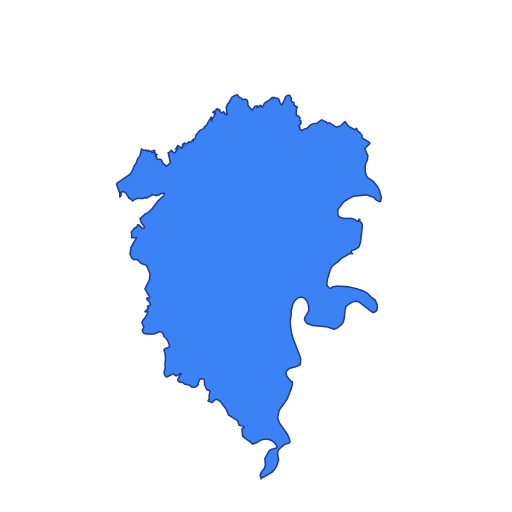 outline of Narail, Khulna, Bangladesh, rotated 42°
{"feature_id": "16705992B56503274196630", "entity_name": "Narail", "entity_type": "district", "adm_level": 2, "iso_a3": "BGD", "parent_name": "Bangladesh", "parent_adm1": "Khulna", "projection": "robinson", "projection_center": [89.616, 23.132], "detail": "fine", "context": "isolated", "style": "filled", "palette": "blue", "viewbox_px": 512, "rotation_deg": 42, "n_neighbors": 0, "source": "geoboundaries", "source_scale": "gbopen_adm2", "svg_char_len": 6153}
<svg xmlns="http://www.w3.org/2000/svg" viewBox="0 0 512 512"><g transform="rotate(42 256 256)"><path d="M408.8,418.1L408.8,416.6L409.8,414.6L412.5,406.2L412.7,402.9L412.0,398.4L409.3,392.4L404.0,388.2L402.6,385.7L402.5,383.5L403.1,377.9L403.5,376.5L405.6,373.3L405.8,371.6L404.2,370.1L398.8,367.5L385.1,364.4L380.3,361.7L376.5,355.3L374.8,341.1L371.5,332.3L369.0,327.0L367.3,325.3L365.3,325.7L359.5,324.7L357.0,323.4L355.7,321.3L355.9,317.3L358.7,313.3L361.4,308.1L361.5,307.2L360.8,305.9L358.5,303.1L356.7,301.6L338.4,292.3L333.9,289.4L327.9,284.5L324.3,280.6L322.2,277.1L318.5,272.7L315.8,267.4L314.7,263.8L314.9,259.6L316.8,256.6L318.3,255.5L320.4,254.9L324.7,255.6L327.1,256.9L331.2,260.4L332.4,263.3L333.5,269.1L334.7,271.0L338.0,271.9L339.7,271.8L344.5,269.8L356.4,261.0L363.0,258.3L364.6,255.1L365.4,249.6L365.3,247.5L363.2,243.0L358.1,236.3L356.8,233.8L357.0,230.6L358.4,225.6L359.9,223.4L362.9,221.3L380.3,219.9L381.2,219.3L381.8,218.1L382.2,215.6L380.8,213.3L378.5,211.0L374.0,209.0L368.9,209.5L363.8,209.1L359.2,210.1L352.9,212.9L344.5,217.5L336.7,223.9L333.5,227.7L333.4,229.6L332.1,230.7L329.3,230.6L327.4,229.5L324.8,225.8L320.3,216.3L319.4,212.8L320.9,204.1L321.1,200.2L323.1,194.6L323.5,192.8L323.2,192.4L326.0,189.8L323.6,189.1L323.3,188.2L325.1,185.3L326.4,181.2L326.1,179.5L324.1,175.3L314.7,162.2L312.3,160.7L309.1,160.9L308.8,160.3L309.0,159.6L308.0,159.8L308.7,161.6L308.3,162.3L304.3,163.0L301.8,164.1L296.3,169.2L292.4,171.0L290.4,171.0L289.0,170.3L285.7,166.6L285.0,156.9L286.5,151.5L288.5,146.3L297.3,136.6L304.1,133.7L308.1,133.9L311.9,132.8L312.0,131.9L309.9,128.5L303.8,124.7L299.9,123.1L293.3,122.1L286.3,123.1L283.8,122.2L280.3,119.8L276.8,115.9L275.3,113.1L274.5,110.0L272.0,106.6L264.9,103.4L265.4,96.3L265.0,95.9L263.2,95.8L256.3,97.2L255.3,96.9L254.1,95.4L251.3,95.3L250.8,94.6L248.1,95.1L245.6,93.9L245.1,94.2L244.9,96.0L239.7,97.3L237.1,97.6L232.4,96.5L231.9,98.8L231.9,102.6L229.4,106.6L221.3,107.9L220.4,109.9L218.6,109.3L213.6,111.0L212.3,117.1L210.5,118.7L208.8,121.8L208.5,126.9L206.9,129.4L206.2,131.3L206.4,132.3L203.8,132.2L202.3,131.0L200.6,130.6L201.0,128.9L200.4,128.3L200.6,127.0L199.0,125.7L198.0,125.9L196.1,123.9L194.3,123.5L192.3,124.2L191.1,123.8L186.9,118.7L187.3,118.2L187.1,117.7L183.5,118.3L181.3,116.6L180.0,117.3L177.8,116.9L177.1,115.4L174.1,114.1L173.1,114.2L171.8,115.9L171.5,118.3L173.3,122.8L174.0,126.5L171.9,126.4L167.8,124.1L165.8,124.8L165.1,125.8L163.8,125.7L163.1,126.5L163.1,127.2L161.9,127.3L161.8,130.7L160.4,134.7L160.1,136.8L161.1,141.0L160.3,141.6L159.0,140.8L158.0,141.6L158.2,143.8L157.6,144.9L156.5,143.7L155.6,144.4L155.1,145.8L155.6,150.0L150.4,149.8L148.7,149.0L146.9,147.1L144.8,146.1L143.3,146.5L141.1,148.7L139.0,148.6L137.1,149.3L134.1,148.7L132.8,151.1L131.8,154.3L133.2,159.9L133.1,161.7L134.4,165.4L139.8,170.3L138.0,171.4L137.3,170.7L135.5,170.5L135.1,171.1L135.3,172.2L134.6,172.5L132.0,172.6L131.2,171.6L130.5,171.7L130.1,172.5L128.9,172.4L128.3,173.4L128.8,173.4L128.9,173.9L128.7,175.4L127.8,176.9L127.8,178.0L128.8,177.7L128.9,176.8L129.3,176.7L130.6,177.5L130.1,178.3L131.1,179.6L131.7,181.7L131.7,183.8L132.5,184.9L130.8,184.3L130.9,183.2L130.3,182.7L129.7,182.8L131.7,192.0L131.3,194.9L131.8,195.9L131.6,197.3L130.2,200.5L130.5,206.4L131.7,208.4L132.1,210.1L131.4,211.1L132.4,212.4L131.3,212.3L131.5,215.0L129.7,215.8L129.4,219.2L127.3,219.9L127.0,220.6L126.8,222.0L128.2,222.1L127.6,223.4L128.9,224.7L128.5,226.1L127.3,225.5L126.4,226.0L124.1,226.1L124.0,227.4L124.6,228.3L124.7,229.7L125.6,228.5L126.0,228.6L125.8,230.8L126.7,232.1L126.3,233.8L126.0,234.3L122.4,234.0L122.2,234.6L122.6,235.2L121.7,238.1L130.0,244.0L129.4,249.2L124.8,249.4L121.5,247.9L119.4,248.5L118.9,249.8L117.0,250.3L116.3,249.0L114.4,249.2L114.5,247.0L113.3,247.7L113.0,247.1L111.7,246.9L109.9,245.5L109.1,246.0L109.1,246.5L109.9,246.3L110.7,247.1L109.5,248.9L108.3,247.9L106.6,249.6L105.3,249.3L105.2,249.8L105.8,250.2L105.4,250.6L104.4,251.2L103.2,250.9L102.0,252.5L99.3,253.2L102.6,258.9L103.2,263.3L104.9,267.4L105.2,270.8L106.8,274.6L107.6,277.9L107.5,280.5L104.0,294.8L104.5,296.1L112.8,300.5L115.1,303.1L115.6,302.2L113.1,298.4L114.6,296.8L117.7,296.3L123.0,298.1L125.1,297.4L127.4,297.8L128.2,294.6L129.3,292.6L133.6,288.9L134.8,286.2L135.8,286.4L138.2,279.8L139.7,278.4L141.6,277.9L141.9,276.7L142.5,276.6L143.1,275.5L143.6,273.3L145.1,271.5L146.2,271.1L147.1,273.2L146.3,280.5L147.2,291.0L146.7,296.1L145.5,298.8L144.9,305.9L148.6,308.1L153.3,308.8L154.2,310.5L153.4,311.4L148.1,311.3L147.4,311.8L147.2,312.3L148.0,313.5L147.0,317.1L147.3,321.7L149.3,323.2L151.2,325.6L155.1,322.4L156.5,330.2L157.3,331.8L157.3,333.5L158.9,334.8L158.7,335.7L159.5,336.2L160.7,338.7L164.6,340.5L166.1,340.7L167.9,340.2L170.2,338.1L175.7,338.4L180.8,336.2L189.3,340.2L192.8,345.3L195.5,354.8L204.5,357.7L204.7,359.2L203.1,359.9L203.7,361.1L207.8,361.6L210.0,362.5L210.1,363.6L209.0,365.9L211.0,367.0L210.6,371.4L211.2,371.7L212.5,369.8L213.8,371.1L214.7,375.2L215.0,380.0L215.6,381.6L220.3,384.0L221.0,387.0L222.7,388.2L224.5,388.4L226.5,387.5L230.9,383.7L232.7,381.9L234.8,377.0L237.1,375.5L238.8,375.9L241.4,377.4L244.0,377.2L248.3,378.6L252.3,380.9L251.8,383.2L250.4,385.6L250.4,387.3L254.1,389.7L257.2,392.6L261.1,397.8L263.0,399.5L265.9,404.4L267.4,405.4L269.8,406.0L270.7,405.6L273.2,399.2L273.8,398.7L275.6,399.0L277.0,398.5L278.8,393.4L279.2,393.4L279.3,395.5L280.5,400.1L281.1,400.8L282.4,401.0L284.3,400.7L285.8,398.9L288.8,399.0L292.1,396.9L293.2,396.4L295.6,396.5L298.1,394.9L299.1,392.5L299.2,390.1L298.0,389.2L297.6,387.4L296.7,386.0L297.9,383.5L299.5,382.3L300.3,382.5L303.7,385.9L308.2,388.1L309.4,388.2L311.2,387.3L312.5,387.6L314.8,391.5L316.9,393.4L317.0,395.4L317.4,395.8L321.5,394.2L321.9,389.4L323.8,388.5L327.0,388.0L336.9,390.0L341.9,392.6L351.6,390.8L353.5,391.2L356.5,393.1L360.1,391.2L361.5,391.0L361.8,392.0L361.2,393.3L361.3,394.0L366.4,398.7L367.5,399.0L376.2,398.0L379.3,398.1L381.3,394.6L383.1,388.8L386.2,385.1L388.4,383.7L392.0,382.5L396.2,382.5L398.9,383.4L399.7,384.2L399.4,385.5L396.7,389.7L396.1,391.7L398.0,400.4L403.1,405.4L404.3,408.5L404.6,413.1L405.1,414.7L405.9,416.2L408.8,418.1Z" fill="#3b82f6" stroke="#1e3a8a" stroke-width="1.5"/></g></svg>